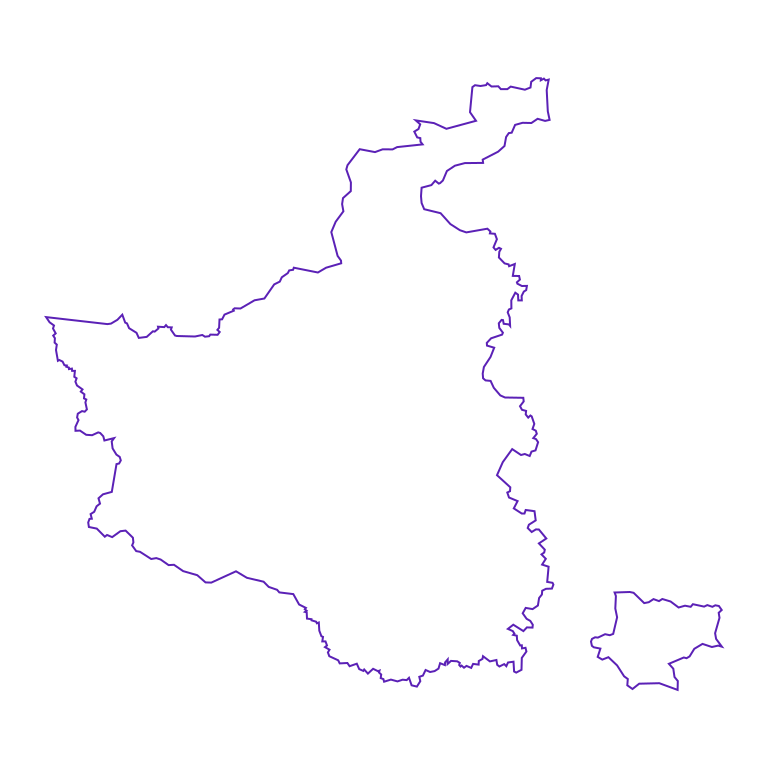 the district of Mion, Northern, Ghana
{"feature_id": "2480657B42193515445029", "entity_name": "Mion", "entity_type": "district", "adm_level": 2, "iso_a3": "GHA", "parent_name": "Ghana", "parent_adm1": "Northern", "projection": "orthographic", "projection_center": [-0.239, 9.451], "detail": "fine", "context": "isolated", "style": "outline", "palette": "violet", "viewbox_px": 768, "rotation_deg": 0, "n_neighbors": 0, "source": "geoboundaries", "source_scale": "gbopen_adm2", "svg_char_len": 6043}
<svg xmlns="http://www.w3.org/2000/svg" viewBox="0 0 768 768"><path d="M548.7,79.6L545.6,80.4L543.9,78.6L540.8,80.3L540.9,78.3L536.2,78.1L531.2,81.8L530.5,87.5L524.9,89.7L510.7,86.6L507.4,89.1L500.8,89.1L498.3,86.3L491.5,86.5L487.3,83.2L486.1,85.1L480.5,86.0L475.0,85.2L472.4,87.1L470.0,112.2L476.0,120.8L446.4,128.8L434.0,123.1L415.8,120.4L420.2,124.3L418.5,129.0L414.3,131.6L417.2,137.4L420.3,138.1L420.5,141.7L422.6,144.4L397.1,147.1L392.6,149.4L382.7,149.3L375.0,152.1L359.7,149.2L347.5,165.2L346.3,169.4L350.9,182.4L350.8,191.1L343.0,198.1L342.1,204.1L343.4,211.3L335.7,221.7L331.3,232.1L337.6,255.9L341.0,260.6L341.2,263.3L326.1,267.7L317.9,272.5L293.8,267.7L293.1,269.8L289.2,270.4L287.8,273.1L281.8,277.3L279.8,281.6L274.2,284.4L264.4,298.5L254.5,300.3L240.5,308.5L234.6,308.3L233.1,309.5L233.8,310.7L224.5,314.6L222.1,319.3L219.5,319.5L219.1,327.8L217.4,329.9L219.7,332.0L217.6,334.8L210.3,334.6L209.2,336.2L205.0,336.7L202.3,335.0L195.0,336.5L176.8,336.0L175.0,335.5L170.9,329.6L171.7,327.4L167.8,327.2L166.0,325.1L164.3,327.1L158.0,326.7L158.4,328.5L154.7,331.6L152.9,331.3L146.7,336.9L138.8,337.9L136.5,332.8L129.1,328.2L127.0,323.4L125.2,322.6L122.3,314.7L117.4,319.8L111.0,323.6L107.4,324.1L46.1,317.1L49.6,322.3L54.0,325.5L53.0,328.5L55.7,333.4L53.2,335.6L54.9,338.2L54.6,342.6L56.8,344.6L56.0,350.0L57.9,360.8L59.3,360.0L62.6,361.6L64.4,365.2L66.8,365.5L66.3,366.7L68.9,367.6L69.0,369.1L71.9,368.6L72.1,370.9L74.9,370.9L74.3,376.8L76.6,378.3L75.4,381.7L77.0,385.5L82.5,389.4L80.8,391.6L84.4,394.3L84.0,398.4L86.3,399.5L85.4,402.4L86.9,409.4L84.7,411.7L82.0,411.1L77.8,413.7L77.1,417.5L78.5,420.1L75.4,426.9L75.5,430.8L80.0,430.6L86.2,434.8L92.1,435.2L98.2,432.4L100.2,433.0L103.3,436.3L104.4,440.5L114.1,438.1L111.7,441.4L112.6,448.4L116.4,454.6L119.7,456.9L120.8,460.4L119.1,463.5L116.5,464.1L111.8,491.9L103.0,494.3L98.5,498.3L100.0,503.6L96.6,506.3L94.2,511.8L90.6,514.1L91.8,518.7L89.5,518.9L88.2,522.5L88.9,527.0L96.8,528.6L104.8,536.7L107.0,535.0L112.2,537.1L120.4,531.2L125.6,530.6L132.9,537.7L133.4,542.4L132.1,545.4L136.2,551.1L140.0,551.8L151.2,559.0L156.3,558.1L160.6,559.5L168.6,565.1L174.0,564.8L183.1,571.1L197.3,575.2L205.5,582.4L211.3,582.6L236.0,571.3L246.9,577.8L263.6,581.7L268.7,586.9L277.1,589.8L279.3,592.4L293.3,594.1L299.1,604.5L305.9,607.9L304.8,609.2L306.6,610.7L305.0,611.9L306.7,612.4L307.0,618.6L311.5,619.2L311.5,620.3L316.1,621.7L316.9,623.3L318.8,622.5L319.3,630.7L321.4,636.2L323.0,636.9L322.3,641.4L325.5,641.4L327.0,645.5L325.0,647.1L329.5,649.7L327.9,652.4L329.3,656.2L338.2,660.3L339.7,663.4L347.4,663.0L349.6,666.2L356.8,663.7L359.2,669.1L363.3,670.9L364.2,669.5L367.9,673.6L373.1,668.8L378.0,671.2L379.5,670.6L379.0,672.5L381.2,674.5L380.7,678.1L383.4,679.1L384.1,681.7L390.9,679.6L397.5,681.4L402.6,679.7L406.7,680.1L409.0,677.8L411.6,685.3L416.9,686.6L420.3,681.2L419.3,676.8L422.9,675.6L425.6,670.0L430.1,672.0L434.6,671.1L438.5,668.6L440.1,663.2L444.9,665.1L445.1,662.4L447.7,659.4L447.6,664.0L451.0,660.9L457.2,661.3L459.8,662.9L459.2,665.0L460.5,666.5L461.6,665.6L464.0,667.7L466.5,665.9L471.2,667.9L473.1,663.9L478.6,664.6L478.8,661.0L482.5,658.9L483.0,656.2L489.9,661.4L496.4,660.0L497.2,664.8L499.4,666.5L504.2,664.1L506.3,666.2L508.0,662.5L513.5,661.7L514.1,671.5L516.2,672.6L521.5,669.8L521.8,657.9L526.4,651.5L525.5,647.8L522.0,648.4L521.8,645.3L520.2,645.5L517.1,640.1L516.8,635.7L513.2,634.9L514.4,633.6L512.8,631.1L507.9,628.9L513.3,624.7L523.4,631.1L526.9,627.4L532.5,627.6L532.8,624.8L530.3,620.9L526.6,618.8L522.7,613.3L525.7,607.9L532.6,609.1L537.9,605.5L539.1,598.0L541.9,594.5L542.2,590.7L546.0,588.8L551.9,588.6L553.4,584.6L552.5,582.8L547.2,581.9L548.6,566.7L542.1,564.6L545.8,558.8L541.5,554.4L544.2,552.5L544.8,549.7L538.9,543.4L546.3,538.5L538.9,529.5L535.9,529.4L531.7,532.0L527.7,528.0L528.9,524.7L535.7,520.4L534.5,511.2L525.7,510.0L524.5,513.5L521.7,513.5L513.8,508.4L517.6,501.1L509.0,497.5L507.3,492.5L510.0,491.2L510.3,487.3L497.0,475.2L502.8,462.1L512.2,449.1L521.0,455.0L524.8,454.0L529.7,456.0L531.5,451.6L535.5,450.4L538.1,442.2L536.0,439.1L533.3,438.1L536.8,433.8L535.8,430.7L532.5,429.0L534.3,423.9L531.7,416.4L530.4,415.5L528.2,417.6L525.7,414.4L526.1,410.9L522.0,409.8L520.0,406.2L523.7,401.4L523.3,397.8L505.0,397.5L500.3,395.4L493.8,387.8L490.6,380.9L485.5,380.4L483.1,378.3L482.7,373.6L483.9,367.0L490.5,357.0L494.2,347.7L487.0,345.6L486.8,342.9L491.1,338.3L502.1,334.6L502.9,332.7L499.3,327.9L498.8,323.3L501.6,319.9L503.0,320.1L503.7,323.8L508.9,324.4L510.1,325.9L509.7,317.4L507.7,312.3L508.9,309.5L511.4,308.4L511.3,300.3L515.3,292.7L518.0,294.6L518.3,300.4L521.8,300.4L521.6,296.0L523.8,291.6L526.2,290.1L526.9,285.9L521.9,286.0L517.4,283.7L516.9,282.3L519.9,279.6L519.1,276.0L512.8,275.9L514.8,264.0L509.1,266.2L508.6,264.4L504.6,263.4L498.9,257.5L499.3,251.8L501.0,248.8L499.0,247.8L495.6,249.9L493.5,247.4L496.9,239.2L494.9,233.8L489.9,233.4L490.4,231.5L487.4,228.7L466.3,232.4L459.9,230.2L450.4,224.1L440.6,213.2L424.2,209.2L421.6,203.0L421.0,196.2L421.6,187.7L431.4,185.1L435.2,180.7L438.8,183.6L440.1,183.1L442.9,180.5L446.9,171.0L454.9,165.7L464.8,163.1L483.1,162.9L482.7,159.6L498.1,151.7L504.5,146.0L506.1,137.0L508.8,133.1L511.7,132.7L515.1,124.9L522.6,122.8L531.4,123.0L537.6,118.8L545.1,120.9L549.6,119.9L547.8,111.3L546.7,90.0L548.7,79.6ZM721.9,646.7L716.1,638.9L715.1,633.2L719.5,617.8L718.7,612.8L721.7,610.0L718.9,606.0L715.3,605.3L712.4,606.8L707.3,605.1L704.1,606.6L692.9,604.2L690.7,606.8L685.0,605.7L678.6,607.5L670.6,601.5L662.3,599.0L659.0,601.1L653.5,599.1L648.8,602.2L644.2,603.1L633.6,592.8L629.8,592.0L614.6,592.5L615.9,596.0L615.3,608.5L617.1,617.3L613.2,633.9L609.8,635.2L605.1,634.2L597.9,637.6L595.1,637.3L592.0,638.9L591.0,641.6L591.9,645.8L593.8,647.3L600.4,648.6L597.7,656.9L602.3,659.6L608.4,657.2L609.4,658.1L617.1,665.4L624.1,676.3L627.8,679.0L627.3,685.3L632.5,689.0L639.2,683.7L659.3,683.2L677.6,689.9L677.8,681.0L674.5,677.0L673.3,668.7L668.9,663.8L683.8,657.5L686.6,658.2L689.6,656.4L694.3,648.8L702.5,643.9L711.9,647.0L718.2,645.6L721.9,646.7Z" fill="none" stroke="#5b21b6" stroke-width="2"/></svg>